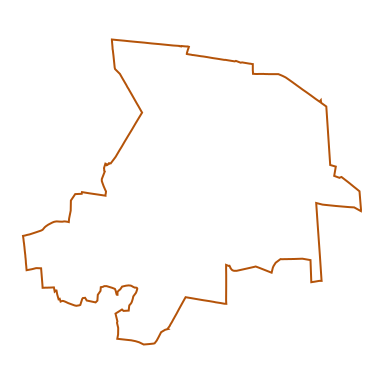 the district of Santiago Maravatío, Guanajuato, Mexico
{"feature_id": "50627088B21032390584019", "entity_name": "Santiago Maravatío", "entity_type": "district", "adm_level": 2, "iso_a3": "MEX", "parent_name": "Mexico", "parent_adm1": "Guanajuato", "projection": "albers", "projection_center": [-101.002, 20.157], "detail": "fine", "context": "isolated", "style": "outline", "palette": "amber", "viewbox_px": 384, "rotation_deg": 0, "n_neighbors": 0, "source": "geoboundaries", "source_scale": "gbopen_adm2", "svg_char_len": 4440}
<svg xmlns="http://www.w3.org/2000/svg" viewBox="0 0 384 384"><path d="M115.1,69.1L119.9,73.9L122.1,77.8L126.3,85.0L127.3,86.9L127.7,87.6L128.5,88.8L129.2,90.1L131.1,93.4L135.2,100.6L136.9,103.6L138.5,106.3L140.8,110.4L142.1,112.6L138.4,118.7L135.5,123.5L132.0,129.5L128.1,135.9L124.5,141.9L121.9,146.4L119.6,150.1L115.6,156.9L110.7,163.4L109.1,163.2L109.0,163.9L107.8,164.2L107.8,164.4L107.7,164.7L107.3,165.0L106.6,165.2L105.9,163.8L105.4,163.6L104.0,168.1L104.0,168.3L104.2,169.0L104.2,170.8L104.8,171.4L101.8,179.1L101.8,180.1L101.8,181.0L102.3,182.5L103.6,186.1L104.9,189.1L105.2,189.8L106.0,191.4L105.8,193.3L105.5,194.6L105.5,195.7L99.0,194.7L89.3,193.3L82.0,192.1L81.7,193.8L75.2,194.1L70.9,200.5L70.7,210.6L69.1,218.6L68.8,222.1L67.6,221.8L65.6,221.5L64.2,221.4L62.2,221.7L59.6,221.6L56.7,221.4L55.2,221.6L53.9,221.9L52.2,222.6L48.2,224.7L46.0,226.2L44.7,227.3L43.7,228.5L42.6,229.8L41.0,230.6L35.7,232.4L29.6,234.4L27.2,234.9L25.1,235.5L23.0,235.9L23.3,237.9L23.5,239.4L23.6,240.5L23.8,242.1L24.0,243.3L24.1,244.2L24.3,246.2L24.4,246.7L24.5,248.0L24.7,250.0L24.9,251.9L25.1,253.6L25.3,255.2L25.4,256.7L25.5,257.8L25.6,258.5L25.7,259.8L25.8,260.6L25.8,260.8L25.9,262.7L26.0,263.8L26.3,266.6L26.3,267.0L26.6,270.2L31.9,269.2L36.2,268.1L41.1,268.3L42.4,284.4L42.6,287.8L45.1,287.7L49.6,287.6L53.9,287.4L54.7,291.6L56.0,290.4L56.5,290.5L57.2,294.4L58.6,299.3L59.7,298.8L60.6,301.6L61.5,301.2L62.5,300.9L63.4,301.0L64.5,301.4L65.5,301.8L68.2,303.1L74.5,305.4L76.3,305.8L79.4,305.3L80.3,304.9L82.2,299.0L82.8,298.1L85.1,297.8L86.7,300.5L93.7,302.0L95.6,302.4L97.4,300.6L97.8,294.8L100.5,290.9L100.8,287.2L103.0,286.8L104.3,286.1L106.5,286.1L112.1,287.8L114.9,288.9L115.6,290.5L116.4,293.7L116.7,294.6L117.0,294.8L117.5,294.8L117.5,291.9L119.0,290.3L120.2,289.4L122.1,286.6L126.0,285.7L128.6,285.4L130.8,285.6L132.2,286.3L133.0,286.8L134.7,287.6L135.9,287.6L136.7,287.8L137.1,288.2L137.3,288.8L136.5,291.5L135.9,292.9L133.3,296.4L132.8,298.7L132.2,300.7L131.6,302.4L131.0,303.4L130.0,304.6L129.3,305.4L129.1,306.8L128.7,310.6L123.5,310.9L122.0,309.5L115.5,313.6L117.4,321.4L117.0,322.8L117.7,325.8L118.2,327.9L118.1,334.4L117.3,338.8L122.8,339.4L128.3,340.0L131.2,340.3L135.6,341.2L139.2,342.3L143.7,344.5L148.7,344.1L153.4,343.6L154.6,343.3L156.7,340.6L158.5,337.3L161.1,332.2L165.1,329.8L167.7,329.1L168.2,329.0L167.7,328.6L168.3,327.9L169.8,325.8L170.2,324.9L170.9,323.7L172.0,321.9L173.0,320.0L176.6,313.6L179.1,308.9L183.8,300.4L185.6,297.2L191.6,298.2L195.6,298.9L203.2,300.2L209.2,301.1L213.9,301.9L215.7,302.3L220.4,303.0L224.2,303.7L226.3,303.8L226.2,302.5L226.1,300.1L226.2,286.1L226.2,283.2L226.2,280.7L226.2,279.4L226.2,279.0L226.2,276.7L226.2,275.1L226.1,268.1L226.1,265.1L226.1,264.9L228.9,266.0L229.5,265.8L230.3,267.4L230.3,267.8L230.7,268.2L230.9,268.6L231.4,269.3L232.1,270.0L232.6,270.3L233.3,270.6L234.1,270.8L234.7,270.8L236.7,270.8L248.4,268.2L253.7,267.0L255.7,266.5L259.2,267.8L271.6,272.7L272.9,267.5L273.7,265.8L275.7,262.7L280.5,259.1L281.7,259.2L293.8,259.0L302.4,258.7L310.5,260.1L311.3,282.2L314.6,281.7L319.1,280.9L321.6,280.9L321.5,279.9L319.9,255.8L319.5,250.2L317.7,225.0L316.2,203.0L322.5,204.6L325.3,204.9L336.1,206.0L349.0,207.1L354.2,207.4L360.9,211.1L361.0,209.7L359.5,191.3L355.8,188.3L353.9,186.8L348.5,182.4L341.5,177.0L339.5,177.7L339.4,177.8L334.2,175.9L335.8,166.6L330.2,165.0L326.3,106.5L321.1,102.8L320.8,100.2L319.6,101.7L316.9,99.8L315.6,98.9L312.1,96.3L306.4,92.2L305.1,91.3L302.9,89.8L299.5,87.3L299.2,87.1L297.7,86.0L296.7,85.3L295.5,84.4L295.0,84.0L294.6,83.8L294.5,83.7L293.3,82.8L288.8,79.6L286.5,78.0L285.6,77.4L282.8,76.0L282.1,75.7L281.7,75.5L278.3,74.1L270.4,74.1L268.1,74.1L264.1,74.0L263.4,73.9L263.2,73.9L256.0,74.0L253.0,73.8L252.9,71.1L252.8,70.4L252.8,69.1L252.8,67.3L252.8,65.5L252.8,64.1L252.5,64.1L250.3,63.7L249.8,63.7L245.7,63.0L242.1,62.4L240.7,62.7L235.9,60.9L234.8,61.4L228.0,60.3L225.6,59.9L224.4,59.9L217.7,58.8L212.9,58.1L208.9,57.4L207.2,57.1L203.4,56.5L200.8,56.2L197.7,55.7L197.1,55.6L193.6,55.1L192.3,55.0L191.1,54.7L189.7,54.5L186.8,54.0L186.8,53.9L186.9,53.0L188.1,49.0L188.3,48.7L188.9,46.8L188.6,46.7L187.8,46.5L185.2,46.4L184.2,46.3L181.3,46.0L181.2,46.4L179.3,46.1L179.2,45.9L177.8,45.8L173.1,45.5L166.2,44.8L159.2,44.1L152.3,43.5L149.4,43.2L144.0,42.6L137.3,42.0L129.9,41.3L124.2,40.7L117.7,40.1L116.7,40.0L111.9,39.5L111.9,40.2L112.5,47.1L112.6,49.3L112.8,50.0L113.5,56.0L114.7,67.7L115.1,69.1Z" fill="none" stroke="#b45309" stroke-width="2"/></svg>